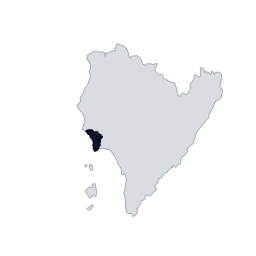 Spain, with Alicante highlighted, rotated 117°
{"feature_id": "ESP-5803", "entity_name": "Alicante", "entity_type": "Autonomous Community", "adm_level": 1, "iso_a3": "ESP", "parent_name": "Spain", "parent_adm1": "", "projection": "equal_earth", "projection_center": [-0.576, 38.363], "detail": "fine", "context": "in_parent", "style": "filled", "palette": "ink", "viewbox_px": 256, "rotation_deg": 117, "n_neighbors": 0, "source": "natural_earth", "source_scale": "10m", "svg_char_len": 5384}
<svg xmlns="http://www.w3.org/2000/svg" viewBox="0 0 256 256"><g transform="rotate(117 128 128)"><path d="M136.3,65.0L136.3,65.6L137.4,66.7L140.6,67.4L141.4,67.9L141.2,69.4L140.4,70.8L141.1,71.4L141.9,71.4L142.8,70.3L143.0,71.0L144.5,71.7L147.7,72.9L150.0,73.1L152.4,75.5L156.2,75.1L159.7,77.5L162.9,76.9L163.6,77.4L168.7,77.4L168.9,75.5L169.5,74.7L178.3,77.4L179.3,79.1L179.2,79.9L179.6,81.9L180.8,81.8L183.1,80.7L186.1,82.1L186.9,83.2L187.5,83.3L189.7,82.1L195.8,83.6L196.0,82.6L196.4,82.4L199.0,81.5L200.0,81.3L203.3,82.0L203.7,83.1L204.3,83.5L204.6,84.5L202.7,85.0L202.5,86.7L203.7,88.1L203.9,90.5L200.7,93.6L191.4,98.9L188.4,102.1L181.5,103.7L174.3,106.1L170.0,110.3L171.1,110.7L172.4,112.1L172.0,112.8L170.1,113.8L168.4,114.0L165.3,119.3L160.9,124.8L159.3,127.2L155.9,133.6L155.9,135.5L157.6,141.8L158.6,143.5L159.9,144.9L162.5,146.1L163.2,147.3L162.3,148.4L159.7,150.5L155.2,153.2L153.3,155.3L152.9,157.4L151.5,158.3L151.0,161.2L149.2,165.3L149.1,166.3L150.5,167.8L149.1,168.7L142.1,169.1L137.8,172.3L135.6,175.1L133.6,180.3L131.2,183.4L130.1,184.0L128.5,182.6L126.5,182.4L124.5,182.9L123.4,184.0L121.8,184.6L120.2,184.0L116.8,183.8L115.3,183.8L112.9,184.7L110.8,184.1L107.4,183.8L99.9,184.5L98.9,184.8L95.5,188.4L91.9,188.5L88.6,189.9L86.3,193.4L85.8,195.2L85.2,194.8L84.7,194.9L84.4,196.4L82.1,197.2L79.6,196.1L77.5,194.4L76.4,194.2L74.6,191.6L73.9,189.9L73.4,188.0L73.4,186.7L71.8,186.0L71.5,184.3L72.7,182.1L74.3,180.9L72.8,181.0L71.7,182.4L70.5,180.2L65.1,175.8L65.5,174.2L64.5,175.4L63.9,175.7L61.1,175.5L57.9,176.0L56.8,168.6L57.7,166.0L61.4,161.0L63.7,160.3L64.6,157.7L62.6,157.8L59.5,152.8L60.5,148.1L63.8,144.6L64.4,143.2L64.5,142.0L64.0,141.0L62.2,140.5L60.5,136.9L60.2,134.6L58.7,133.3L57.5,131.1L58.7,130.7L63.2,130.7L64.4,130.1L65.3,128.6L66.2,126.1L66.5,124.6L64.7,122.5L64.7,122.0L64.9,121.3L67.8,118.9L67.3,117.1L67.9,113.3L67.7,111.1L67.4,109.3L66.6,107.0L67.2,106.1L68.7,105.3L69.9,103.4L71.6,101.8L73.8,100.5L76.5,97.8L76.1,96.5L75.3,95.8L72.1,95.3L71.9,94.7L72.0,91.7L71.2,90.5L70.1,90.7L68.4,90.2L67.9,90.5L65.7,90.4L64.2,89.9L63.5,90.3L63.3,91.4L60.6,92.5L59.2,92.4L56.8,91.5L54.0,91.8L53.7,91.6L51.3,92.8L50.5,92.8L49.6,91.4L51.0,89.2L49.9,87.2L49.2,87.1L44.8,88.6L42.2,90.6L41.2,90.8L40.9,90.5L40.9,87.7L43.6,84.7L41.9,84.5L42.1,83.7L43.2,82.3L42.1,81.3L42.3,78.3L39.9,79.3L39.3,79.1L39.3,77.9L40.8,75.5L39.3,75.3L38.2,74.4L36.9,72.4L36.9,71.4L37.8,69.0L39.9,67.9L42.0,66.2L44.7,66.5L48.9,65.1L50.4,64.4L50.4,63.4L49.9,62.7L50.3,62.0L53.8,60.0L55.8,59.8L57.9,58.8L59.3,59.4L60.5,59.2L61.8,60.0L63.6,61.7L66.2,62.4L68.4,61.9L79.3,61.7L82.4,60.8L84.8,61.9L89.5,62.4L92.2,63.3L99.9,64.8L102.7,64.8L108.4,63.4L109.9,63.7L112.2,63.0L113.3,63.2L114.7,64.2L119.6,65.6L120.9,64.4L121.9,64.1L125.5,64.9L129.0,66.3L130.9,66.4L133.6,66.0L136.3,65.0ZM203.2,128.8L204.6,129.4L205.9,128.8L206.7,129.0L207.4,129.3L207.6,130.4L204.7,136.0L202.4,137.5L200.0,136.3L198.6,136.0L198.2,135.6L197.9,133.8L197.2,133.2L196.3,133.0L194.5,134.4L193.9,133.4L193.1,133.2L192.7,132.7L192.7,131.9L198.3,127.6L199.9,126.6L203.4,125.5L203.9,125.7L203.5,126.4L203.9,127.0L203.2,128.8ZM219.1,126.5L218.6,128.0L214.4,126.0L213.0,125.7L212.7,125.4L212.8,123.9L215.6,123.7L217.9,124.4L219.1,126.5ZM180.2,144.4L179.7,145.5L177.6,145.2L177.2,144.7L177.6,143.4L178.2,143.3L178.2,142.4L178.9,141.5L181.8,140.8L182.5,141.4L182.6,142.3L180.9,144.2L180.2,144.4ZM182.3,148.9L182.0,149.1L179.7,148.9L179.7,148.2L180.1,147.2L181.0,148.2L182.3,148.4L182.3,148.9Z" fill="#d9dde1" stroke="#a8b0b8" stroke-width="1"/><path d="M160.0,145.1L160.3,145.3L160.6,145.4L161.3,145.5L161.9,145.7L162.5,146.0L162.9,146.5L162.7,146.7L162.9,146.7L163.0,146.8L163.4,147.2L163.5,147.1L163.6,147.3L163.6,147.6L163.5,147.8L163.3,147.8L163.0,147.8L162.8,148.0L162.6,148.1L162.5,148.5L162.4,148.6L162.1,148.6L161.9,148.9L161.7,149.0L161.4,149.4L161.5,149.6L161.2,149.6L160.9,149.7L160.6,149.7L160.2,149.8L159.8,150.0L159.7,150.3L159.7,150.5L159.7,150.8L159.6,151.1L159.4,151.3L159.2,151.4L158.6,151.4L158.0,151.5L157.6,151.7L157.2,152.0L155.9,152.5L155.7,152.7L155.6,152.9L155.5,153.0L155.0,153.6L154.8,153.8L154.8,154.2L154.8,154.4L154.7,154.5L154.3,154.5L154.1,154.5L153.9,155.0L153.4,154.9L153.3,155.7L153.5,157.3L153.3,157.5L153.1,157.6L152.6,157.6L152.3,157.6L152.0,157.8L151.8,158.1L151.7,158.4L151.6,158.7L151.6,159.0L151.5,159.7L151.4,160.9L151.4,161.3L150.9,161.6L150.7,161.9L150.5,162.1L150.0,163.6L150.0,163.9L149.7,163.9L149.4,163.7L149.2,163.6L148.9,163.5L148.3,162.8L148.2,162.8L147.8,162.3L147.7,162.1L147.6,161.8L147.4,161.5L147.3,161.4L147.1,161.1L146.9,160.6L146.6,160.1L146.4,159.8L146.3,159.6L146.2,159.3L146.2,159.0L146.3,158.6L146.3,158.4L146.8,157.8L146.9,157.5L146.9,157.4L147.0,156.8L147.0,156.7L147.1,156.4L147.1,156.2L146.9,155.4L146.7,155.2L146.0,154.8L145.7,154.8L145.6,154.7L145.5,154.3L145.5,153.5L145.5,153.3L145.6,153.1L145.7,152.9L146.3,152.4L146.4,152.2L146.4,151.6L146.5,151.3L146.6,150.8L146.6,150.4L146.4,149.2L146.6,149.1L147.0,149.2L147.3,149.1L147.5,149.0L147.9,148.7L148.0,148.7L147.9,148.5L147.8,148.3L147.7,148.1L147.5,147.8L147.4,147.6L147.3,147.3L147.3,147.1L147.5,146.9L147.8,147.1L148.1,147.1L148.4,147.0L148.5,147.0L149.0,147.6L150.2,147.4L150.4,147.4L151.5,148.1L151.7,148.3L152.0,148.5L153.4,147.6L153.3,147.4L153.1,147.3L152.9,147.3L152.6,147.4L152.2,146.7L154.7,146.2L156.1,145.1L157.2,145.6L160.0,145.1Z" fill="#0f172a" stroke="#020617" stroke-width="1.5"/></g></svg>